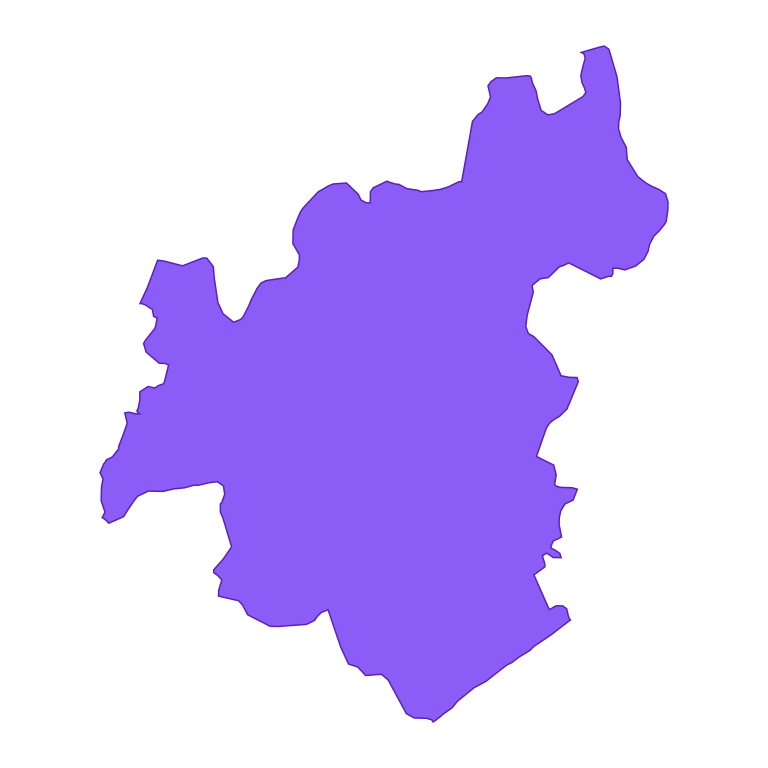 outline of Abu Kabir, Ash Sharqiyah, Egypt
{"feature_id": "37247803B57835659409223", "entity_name": "Abu Kabir", "entity_type": "district", "adm_level": 2, "iso_a3": "EGY", "parent_name": "Egypt", "parent_adm1": "Ash Sharqiyah", "projection": "robinson", "projection_center": [31.698, 30.732], "detail": "fine", "context": "isolated", "style": "filled", "palette": "violet", "viewbox_px": 768, "rotation_deg": 0, "n_neighbors": 0, "source": "geoboundaries", "source_scale": "gbopen_adm2", "svg_char_len": 4378}
<svg xmlns="http://www.w3.org/2000/svg" viewBox="0 0 768 768"><path d="M433.0,721.9L434.3,721.3L441.2,715.9L442.5,714.6L452.0,707.9L457.5,701.2L473.9,687.8L486.1,681.2L492.7,676.0L499.7,670.5L506.5,665.2L512.0,662.5L518.8,657.2L529.6,650.6L533.7,646.6L535.7,645.2L551.4,634.6L555.9,631.1L570.5,619.9L569.2,618.5L567.9,614.3L567.4,611.9L566.7,608.8L565.6,608.0L562.8,605.9L556.1,605.8L549.3,609.7L533.9,574.9L539.0,571.2L544.8,566.9L544.9,564.1L542.4,555.8L546.5,553.2L549.1,554.6L553.1,557.5L558.4,557.6L561.1,557.7L560.2,554.6L559.9,553.5L555.9,550.6L553.3,549.2L550.6,547.8L552.1,543.5L553.4,540.9L561.6,537.0L559.1,524.5L559.2,520.4L559.3,517.6L560.8,510.8L564.4,504.9L564.9,504.0L567.6,502.7L573.1,500.1L576.2,492.2L577.3,489.2L572.0,487.7L568.0,487.6L564.0,487.5L559.9,487.3L555.9,485.9L554.6,484.5L556.2,474.9L553.7,465.1L540.3,458.4L536.5,456.4L542.6,438.8L546.5,427.8L549.2,423.7L552.0,421.0L556.1,418.3L557.1,417.7L559.4,416.4L562.9,413.0L567.0,409.0L568.1,406.2L569.8,402.3L570.5,400.5L578.3,381.7L577.3,378.5L577.0,377.5L574.4,377.5L569.0,377.3L561.0,375.7L557.4,367.3L554.4,360.4L553.2,357.7L552.0,354.9L533.7,336.5L528.4,333.6L525.8,326.6L526.3,322.5L527.0,316.5L527.4,314.3L531.8,297.8L533.3,292.4L532.1,285.4L538.7,280.0L540.3,278.8L548.3,277.6L559.3,266.8L563.3,265.5L568.8,262.9L600.6,278.9L608.7,276.3L611.4,276.4L612.8,273.7L612.9,268.2L618.3,268.3L624.9,269.9L628.1,268.7L635.7,266.0L636.9,265.0L643.9,259.3L648.1,251.2L649.6,244.3L653.8,236.2L659.3,230.8L664.8,224.0L666.2,221.3L667.1,215.3L667.8,210.3L668.0,202.1L665.5,193.7L658.8,189.4L655.6,188.0L652.2,186.5L646.9,183.6L642.9,180.7L637.7,176.5L627.3,159.7L626.2,147.2L621.1,137.5L618.6,129.1L618.7,122.2L620.2,115.4L620.5,103.0L617.0,76.7L608.9,49.2L604.3,46.1L598.9,47.3L581.3,52.4L584.0,53.8L585.2,58.0L582.3,69.0L580.8,75.8L582.0,82.7L584.6,88.3L585.8,92.5L583.1,96.5L554.5,113.7L547.8,114.9L544.8,112.8L543.8,112.1L541.2,110.6L537.4,98.1L536.2,91.2L532.4,82.9L531.1,77.3L529.8,75.9L525.8,75.8L505.6,78.0L500.3,77.9L496.3,77.8L490.8,81.8L488.0,85.9L489.3,91.4L490.5,97.0L487.7,103.8L482.1,111.9L478.0,114.6L472.5,121.3L467.1,151.6L461.9,180.3L461.9,181.7L459.2,181.6L448.3,186.9L440.2,189.4L432.2,190.6L421.4,191.7L417.4,190.2L406.7,188.6L404.1,187.2L401.4,185.7L398.8,184.3L396.1,184.2L390.8,182.7L386.8,181.2L378.8,185.1L373.2,187.8L370.4,191.8L370.3,200.1L370.2,202.9L368.9,202.8L367.8,202.8L366.2,202.8L360.9,199.9L358.3,194.3L351.4,187.7L346.5,183.0L342.5,183.3L333.0,184.0L328.0,186.1L323.9,188.6L318.1,191.9L307.2,203.6L303.0,208.1L300.3,212.2L297.4,219.0L293.2,229.9L292.9,243.7L296.0,249.0L299.4,254.9L299.3,260.4L297.8,267.2L286.9,276.6L285.5,278.0L284.1,277.9L266.0,280.6L261.2,282.9L257.1,288.3L251.5,299.2L248.7,306.0L243.1,316.9L240.4,319.6L233.6,322.2L223.0,313.7L217.9,302.5L214.4,279.0L213.3,266.6L206.8,258.1L202.7,258.0L187.3,264.0L182.5,265.8L168.5,262.2L165.1,261.3L160.1,260.5L157.6,260.2L151.2,277.4L147.5,287.2L140.0,303.6L141.8,303.6L145.8,305.1L149.7,307.9L152.4,309.4L153.6,316.3L156.2,317.7L157.2,318.1L156.1,323.3L156.1,324.6L154.7,328.7L149.2,335.5L145.0,340.9L143.6,343.6L146.1,352.0L159.3,363.3L164.7,363.4L168.6,364.9L164.2,382.7L162.9,384.1L158.8,385.4L154.8,388.0L148.1,386.5L139.9,391.8L139.8,400.1L138.2,408.3L136.8,411.0L139.5,413.8L135.5,413.7L128.8,412.2L124.8,412.9L127.2,423.2L122.9,435.5L118.7,446.4L118.6,449.2L117.3,450.5L113.1,456.0L111.8,457.3L106.3,459.9L104.9,462.7L103.6,464.0L100.8,471.0L100.0,472.5L103.0,478.9L101.5,487.2L101.2,498.3L101.2,500.9L105.0,512.1L102.2,517.5L106.2,520.4L108.8,523.2L117.9,519.2L123.7,516.6L127.8,509.9L133.4,501.7L136.0,498.2L137.5,496.3L140.2,495.0L148.3,491.1L153.7,491.2L163.1,491.4L173.8,488.9L181.6,488.1L184.6,487.8L194.0,485.2L198.0,485.3L208.8,482.8L216.9,481.7L219.5,483.1L222.4,485.2L223.5,486.0L224.7,494.3L221.8,502.5L220.4,503.8L220.3,512.1L222.8,517.6L231.6,546.8L226.1,554.9L223.3,559.0L213.7,569.8L213.7,571.4L213.7,572.6L217.6,575.4L221.6,579.6L221.5,581.0L218.6,590.6L218.6,594.7L218.5,596.1L224.4,597.5L238.5,600.7L242.5,604.9L247.6,614.7L270.2,626.3L274.2,626.4L278.2,626.5L289.7,625.6L306.4,624.4L314.5,620.5L317.3,616.4L318.7,615.1L321.4,612.4L328.1,609.8L340.8,647.3L348.5,664.0L353.7,665.7L357.8,667.0L365.6,675.5L379.1,674.4L381.7,674.5L384.7,677.0L388.3,680.2L406.4,713.7L414.3,718.0L415.9,718.0L426.4,718.3L431.7,719.8L433.0,721.9Z" fill="#8b5cf6" stroke="#5b21b6" stroke-width="1.5"/></svg>